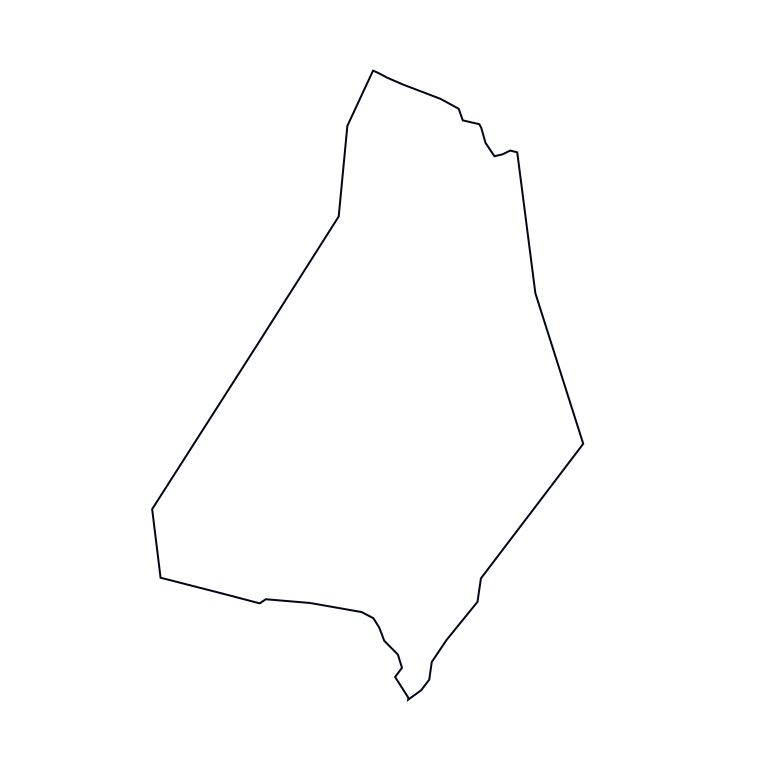 outline of Glavier, Dennery, Saint Lucia, rotated 100°
{"feature_id": "8701671B98393552934318", "entity_name": "Glavier", "entity_type": "district", "adm_level": 2, "iso_a3": "LCA", "parent_name": "Saint Lucia", "parent_adm1": "Dennery", "projection": "orthographic", "projection_center": [-60.911, 13.923], "detail": "fine", "context": "isolated", "style": "outline", "palette": "ink", "viewbox_px": 768, "rotation_deg": 100, "n_neighbors": 0, "source": "geoboundaries", "source_scale": "gbopen_adm2", "svg_char_len": 701}
<svg xmlns="http://www.w3.org/2000/svg" viewBox="0 0 768 768"><g transform="rotate(100 384 384)"><path d="M690.7,305.4L690.3,305.0L679.1,294.2L667.3,288.1L649.5,288.7L625.1,277.9L582.3,254.1L558.6,254.8L408.3,177.4L268.3,250.7L138.5,291.2L135.7,292.1L134.4,292.5L132.7,293.1L132.2,300.3L137.2,307.1L140.5,314.8L128.9,325.9L114.9,332.7L111.6,335.2L110.7,352.2L100.0,358.2L93.4,377.8L85.9,416.9L81.8,434.0L78.5,444.2L77.3,449.2L136.2,464.9L226.9,457.7L366.3,515.2L547.5,590.6L613.6,570.4L618.6,505.0L621.6,468.3L616.5,463.0L612.5,418.9L612.5,366.4L616.5,353.8L624.7,346.4L636.9,339.1L648.1,323.3L660.4,317.0L670.6,322.2L688.9,305.4L690.7,305.4Z" fill="none" stroke="#020617" stroke-width="2"/></g></svg>